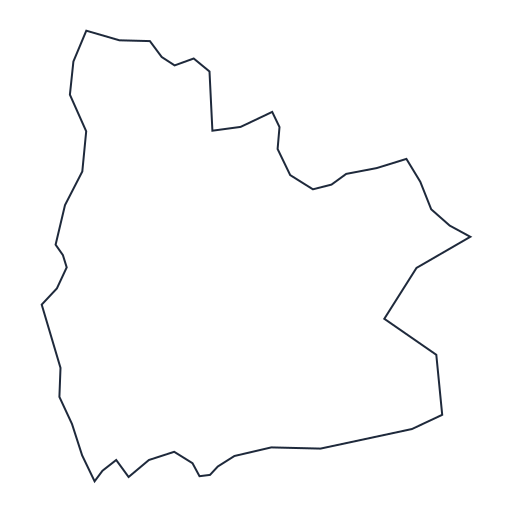 outline of Muramvya
{"feature_id": "BDI-3365", "entity_name": "Muramvya", "entity_type": "Province", "adm_level": 1, "iso_a3": "BDI", "parent_name": "Burundi", "parent_adm1": "", "projection": "natural_earth1", "projection_center": [29.66, -3.246], "detail": "fine", "context": "isolated", "style": "outline", "palette": "slate", "viewbox_px": 512, "rotation_deg": 0, "n_neighbors": 0, "source": "natural_earth", "source_scale": "10m", "svg_char_len": 760}
<svg xmlns="http://www.w3.org/2000/svg" viewBox="0 0 512 512"><path d="M86.3,30.7L119.4,40.3L149.9,41.1L161.7,57.0L174.6,65.4L193.7,58.5L209.5,71.5L212.4,130.7L240.6,126.9L272.2,111.9L279.5,127.1L277.6,149.0L290.2,175.1L312.9,189.3L331.5,184.6L346.2,173.9L376.6,168.1L406.4,158.9L420.3,181.8L431.2,209.3L449.7,225.6L470.3,236.8L416.5,267.9L384.3,318.8L436.3,354.8L442.2,414.8L412.0,429.0L320.5,448.6L271.3,447.4L234.4,456.0L217.8,466.5L210.0,474.9L199.5,476.2L192.5,463.2L174.2,451.8L148.9,460.0L128.6,477.0L116.2,460.0L102.5,470.7L94.6,481.3L82.1,455.3L72.0,424.0L59.4,396.9L60.5,367.9L41.7,304.6L56.9,288.4L66.7,267.4L62.9,255.1L55.6,244.7L65.0,205.1L82.3,171.5L86.2,131.3L69.9,94.7L73.4,61.5L86.3,30.7Z" fill="none" stroke="#1e293b" stroke-width="2"/></svg>